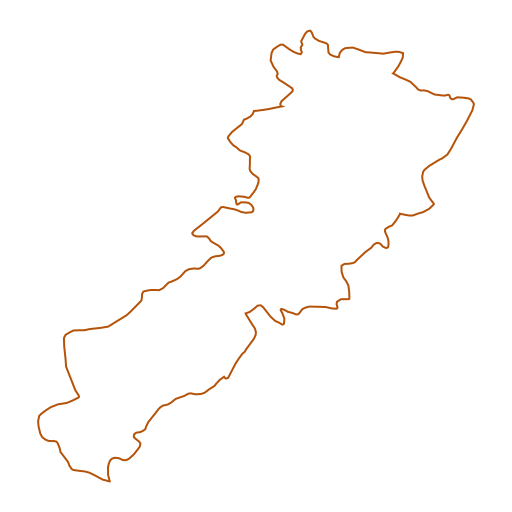 the district of Cao Bang, Cao Bằng, Vietnam, rotated 90°
{"feature_id": "81297802B72621516483988", "entity_name": "Cao Bang", "entity_type": "district", "adm_level": 2, "iso_a3": "VNM", "parent_name": "Vietnam", "parent_adm1": "Cao Bằng", "projection": "albers", "projection_center": [106.26, 22.649], "detail": "fine", "context": "isolated", "style": "outline", "palette": "amber", "viewbox_px": 512, "rotation_deg": 90, "n_neighbors": 0, "source": "geoboundaries", "source_scale": "gbopen_adm2", "svg_char_len": 5332}
<svg xmlns="http://www.w3.org/2000/svg" viewBox="0 0 512 512"><g transform="rotate(90 256 256)"><path d="M452.2,451.5L452.3,451.3L456.6,448.0L461.9,444.0L465.6,442.6L467.6,441.3L469.1,440.2L469.9,438.9L470.2,437.2L471.0,431.3L471.4,427.5L472.6,422.8L475.6,416.7L478.4,411.6L479.7,409.0L480.5,405.7L481.1,404.0L481.3,402.3L474.9,403.9L467.0,404.0L463.4,403.1L460.7,402.0L458.8,400.2L457.9,398.0L457.9,395.5L458.3,392.8L460.1,389.0L460.1,385.6L458.6,382.8L454.1,377.9L446.8,372.3L444.3,371.7L443.2,371.7L441.4,373.1L438.7,376.5L437.0,378.2L435.6,378.1L434.2,377.8L432.7,375.8L432.1,371.8L431.0,369.3L429.2,366.7L426.9,366.0L422.2,363.8L413.7,357.0L409.0,353.4L407.1,351.4L405.6,349.0L404.5,344.2L402.4,340.6L400.3,338.1L398.8,336.1L397.7,332.9L395.9,327.6L393.8,323.9L393.4,322.2L393.4,320.9L394.3,316.7L394.1,312.8L393.9,310.7L392.7,307.3L389.4,303.0L385.9,297.5L383.8,295.9L380.0,292.4L376.8,288.0L378.3,286.7L378.5,285.6L377.7,283.8L372.3,281.0L363.3,276.3L358.6,273.2L353.9,269.8L351.5,267.0L349.8,266.2L347.7,264.7L338.8,258.1L334.8,256.3L332.1,256.1L328.5,257.1L322.7,260.9L314.0,266.2L313.4,266.4L312.0,262.4L310.8,260.7L308.2,257.3L305.7,254.5L305.4,252.4L305.4,251.0L307.3,248.8L313.4,244.0L316.7,241.4L321.0,236.7L322.5,233.3L323.2,232.0L324.3,230.4L324.6,229.4L324.2,228.4L323.4,228.0L318.8,227.6L313.0,229.7L310.1,231.4L309.2,231.1L308.9,230.6L309.2,229.4L309.8,227.7L311.8,224.2L313.0,219.4L314.4,216.1L314.4,214.2L313.6,213.0L309.1,209.6L307.6,206.5L306.6,202.8L306.7,196.4L307.0,186.3L308.4,180.3L308.7,176.6L308.7,175.4L308.1,174.6L307.5,174.5L304.2,175.4L301.9,175.1L299.8,172.1L299.2,170.9L299.2,164.8L299.1,163.4L298.8,162.6L294.8,162.7L293.7,162.7L290.5,163.0L285.5,163.6L280.9,166.0L277.5,168.6L271.7,170.4L267.0,170.5L265.7,170.5L263.9,167.4L263.8,163.7L263.2,159.6L262.3,157.2L259.7,154.8L252.1,146.7L247.6,140.6L244.7,138.4L243.2,135.9L242.9,134.4L243.4,132.4L244.0,131.3L246.3,129.5L247.7,126.9L248.0,125.5L247.4,124.1L245.2,123.5L241.3,123.5L238.1,124.2L231.3,127.1L229.8,126.9L228.9,126.5L226.9,123.4L225.3,119.7L219.8,115.5L214.5,112.2L213.7,112.1L214.8,107.0L215.5,102.8L215.5,99.3L214.9,97.5L213.8,94.7L212.1,88.9L208.8,82.8L204.3,78.2L203.3,78.4L201.0,80.3L197.4,82.9L190.1,85.8L186.3,87.4L180.2,89.5L176.4,89.8L171.9,88.9L169.7,87.4L165.7,82.5L159.6,72.5L158.5,70.0L154.6,64.7L149.0,61.1L137.6,55.0L129.0,49.7L120.2,44.7L110.2,39.6L104.2,38.1L102.6,38.7L99.5,41.1L98.4,43.5L97.7,48.5L97.3,54.8L98.4,56.9L99.2,58.9L99.2,60.1L98.5,61.3L97.3,62.0L95.7,62.4L94.9,63.3L94.9,64.7L95.6,67.2L95.4,70.3L94.5,77.4L92.7,81.2L91.1,84.4L90.4,88.0L90.5,91.4L89.3,94.1L87.2,95.9L81.8,101.6L79.3,107.0L77.3,112.0L73.4,118.9L73.1,118.5L66.7,113.9L62.6,111.6L57.8,109.3L53.2,108.9L51.9,112.8L51.7,116.5L52.4,121.4L53.7,128.6L53.3,132.5L52.5,141.9L52.2,146.5L49.7,152.9L47.6,159.1L47.8,163.1L48.2,166.8L49.5,169.2L51.7,171.4L53.6,172.4L57.2,173.3L56.3,178.0L54.5,181.9L52.5,183.5L44.8,184.1L43.6,185.2L42.9,186.8L40.9,193.0L38.4,197.2L36.9,198.5L32.6,200.2L30.7,201.6L30.8,202.7L31.4,204.7L33.8,206.9L41.2,210.8L42.6,210.5L44.2,209.7L45.2,209.7L46.3,210.7L47.5,211.3L50.4,210.9L52.1,210.2L53.4,210.6L54.2,211.5L53.5,214.4L52.1,217.9L49.7,222.0L44.7,229.0L44.7,231.5L46.9,235.2L47.2,235.6L49.5,238.8L52.9,240.4L60.5,241.4L66.9,238.4L71.4,235.0L74.1,234.3L75.8,235.3L77.3,235.0L79.7,233.0L83.4,227.1L88.3,219.8L89.6,219.2L91.3,219.5L96.1,224.7L101.3,230.6L103.9,231.7L105.6,231.4L106.1,230.9L106.4,230.1L107.8,237.2L109.1,243.5L109.9,248.7L110.8,255.6L111.0,258.1L112.2,258.5L114.3,259.5L116.6,261.7L119.0,266.1L119.6,268.0L124.0,270.0L131.9,279.9L136.5,283.7L137.6,284.1L138.0,284.2L142.0,281.7L145.4,278.6L147.4,275.5L150.4,272.2L152.4,267.0L154.2,263.6L155.3,262.5L156.8,261.9L159.6,262.1L164.1,262.1L168.7,262.4L170.9,261.8L173.6,259.7L176.7,255.4L177.9,253.9L178.5,253.4L181.5,253.4L184.1,254.1L189.0,256.1L192.7,258.6L197.4,262.3L197.8,263.4L197.6,265.0L196.8,267.6L196.3,272.9L196.6,275.7L197.6,277.0L198.5,276.9L200.2,276.0L202.8,275.8L204.4,275.2L204.5,274.3L203.5,272.7L202.4,271.2L202.3,269.4L202.5,265.8L202.9,263.3L204.9,260.6L207.3,259.0L209.3,258.5L211.3,259.0L212.3,260.2L212.5,263.3L212.8,266.3L211.9,271.0L210.5,274.1L209.4,277.2L208.5,282.0L207.9,284.7L207.0,289.0L207.4,291.1L211.4,294.0L215.1,298.5L225.8,311.7L230.7,318.0L233.0,319.7L234.2,319.5L235.4,318.2L236.3,315.9L236.5,313.2L236.4,309.3L236.4,306.0L236.6,304.9L238.4,303.0L241.1,301.2L242.8,298.6L245.6,293.6L247.9,291.1L251.2,288.6L252.3,288.0L253.1,288.2L254.1,288.4L255.0,289.8L255.9,292.7L256.3,296.7L257.0,299.1L258.0,301.2L260.7,303.9L265.9,308.6L268.2,311.9L268.8,313.5L268.7,314.8L268.7,315.0L268.5,318.3L269.2,323.1L271.1,326.6L276.5,331.5L279.0,334.8L281.5,340.2L282.6,343.5L288.2,349.0L290.2,352.9L290.0,356.1L290.0,361.0L290.5,364.3L291.5,368.5L293.8,369.9L297.6,370.1L300.3,370.5L301.7,371.7L311.6,381.4L315.3,385.5L322.5,397.2L326.6,403.8L327.8,410.9L329.1,422.5L330.2,427.4L330.3,434.0L330.5,438.6L332.4,442.3L334.8,446.4L338.1,448.1L340.1,448.0L346.2,447.8L359.5,446.4L366.7,445.9L378.4,441.3L390.4,436.6L395.4,433.3L396.8,433.0L397.5,433.4L400.7,439.8L403.0,445.4L404.3,453.9L407.2,461.3L410.2,465.9L414.0,471.0L416.1,472.9L421.5,473.9L426.7,473.4L433.6,471.7L437.1,469.8L439.4,466.9L440.6,464.3L441.0,462.7L441.1,457.5L441.7,455.6L443.0,454.4L448.2,452.3L452.2,451.5Z" fill="none" stroke="#b45309" stroke-width="2"/></g></svg>